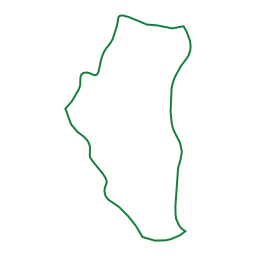 Tuyên Quang, Natural Earth projection
{"feature_id": "VNM-457", "entity_name": "Tuyên Quang", "entity_type": "Province", "adm_level": 1, "iso_a3": "VNM", "parent_name": "Vietnam", "parent_adm1": "", "projection": "natural_earth1", "projection_center": [105.255, 22.072], "detail": "fine", "context": "isolated", "style": "outline", "palette": "green", "viewbox_px": 256, "rotation_deg": 0, "n_neighbors": 0, "source": "natural_earth", "source_scale": "10m", "svg_char_len": 1081}
<svg xmlns="http://www.w3.org/2000/svg" viewBox="0 0 256 256"><path d="M108.7,199.9L106.4,197.3L105.2,194.9L104.4,190.9L104.9,187.7L106.8,182.1L105.7,178.3L102.9,173.8L92.0,160.4L89.8,156.9L90.0,147.1L89.1,143.8L87.5,140.6L84.1,136.9L77.3,131.7L71.2,124.5L65.4,108.7L72.1,101.0L78.7,89.6L79.6,87.3L80.2,85.0L80.3,82.5L80.3,79.8L80.5,77.0L81.4,74.6L83.4,72.9L86.4,72.5L89.1,73.0L93.8,75.0L95.6,75.1L97.1,74.4L98.4,72.2L101.2,59.4L102.4,55.7L103.9,52.1L106.1,48.5L110.8,42.5L112.6,39.2L116.6,27.1L117.4,23.7L118.3,17.5L119.8,15.8L122.6,15.4L128.9,17.1L146.7,24.5L157.1,25.4L172.5,28.4L183.5,26.2L186.5,31.5L188.2,35.7L190.0,40.8L190.6,45.8L190.3,50.1L188.9,54.7L187.0,58.0L181.1,65.8L175.7,75.5L173.9,79.7L172.4,84.3L171.5,89.5L170.6,111.8L171.6,122.2L172.5,126.9L174.0,131.1L180.0,142.8L181.9,151.6L180.6,159.2L178.1,168.1L175.4,206.2L175.5,213.3L176.1,218.7L178.6,224.4L180.0,226.7L181.6,228.6L185.3,231.2L181.5,234.2L178.9,235.8L170.7,239.2L166.0,240.3L154.9,240.6L142.5,237.0L136.1,226.2L128.6,216.6L119.2,207.1L108.7,199.9Z" fill="none" stroke="#15803d" stroke-width="2"/></svg>